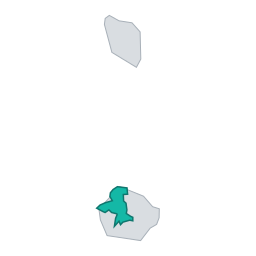 location of Saint John within Antigua and Barbuda
{"feature_id": "ATG-5098", "entity_name": "Saint John", "entity_type": "Parish", "adm_level": 1, "iso_a3": "ATG", "parent_name": "Antigua and Barbuda", "parent_adm1": "", "projection": "albers", "projection_center": [-61.826, 17.106], "detail": "fine", "context": "in_parent", "style": "filled", "palette": "teal", "viewbox_px": 256, "rotation_deg": 0, "n_neighbors": 0, "source": "natural_earth", "source_scale": "10m", "svg_char_len": 819}
<svg xmlns="http://www.w3.org/2000/svg" viewBox="0 0 256 256"><path d="M150.2,228.1L140.6,240.6L107.1,235.6L100.4,219.9L98.9,208.9L119.8,186.7L143.5,196.2L152.6,206.7L159.3,208.8L159.1,217.8L156.6,224.4L150.2,228.1ZM140.8,59.1L136.4,67.3L111.9,52.4L104.4,24.4L105.2,18.4L109.3,15.4L119.0,20.8L132.0,22.8L140.1,31.9L140.8,59.1Z" fill="#d9dde1" stroke="#a8b0b8" stroke-width="1"/><path d="M105.1,212.5L103.0,211.6L96.7,208.2L100.1,205.0L105.4,202.7L112.3,200.7L109.9,196.5L110.4,192.8L113.1,189.5L117.4,186.7L127.0,187.9L127.6,194.2L123.3,194.5L123.6,201.0L126.0,203.2L126.9,209.9L126.3,213.5L130.6,216.3L132.8,217.3L132.8,220.8L129.7,220.2L123.0,222.1L120.5,224.7L119.0,221.2L114.4,226.3L115.6,218.3L117.1,214.7L116.8,213.8L111.6,212.5L108.9,209.9L105.1,212.5Z" fill="#14b8a6" stroke="#0f766e" stroke-width="1.5"/></svg>